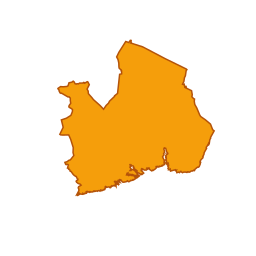 Sokndal nor, Rogaland, Norway (orthographic projection), rotated 318°
{"feature_id": "86288312B30341713179901", "entity_name": "Sokndal nor", "entity_type": "district", "adm_level": 2, "iso_a3": "NOR", "parent_name": "Norway", "parent_adm1": "Rogaland", "projection": "orthographic", "projection_center": [6.294, 58.377], "detail": "fine", "context": "isolated", "style": "filled", "palette": "amber", "viewbox_px": 256, "rotation_deg": 318, "n_neighbors": 0, "source": "geoboundaries", "source_scale": "gbopen_adm2", "svg_char_len": 5898}
<svg xmlns="http://www.w3.org/2000/svg" viewBox="0 0 256 256"><g transform="rotate(318 128 128)"><path d="M45.5,143.2L46.7,143.5L45.8,143.8L46.2,144.1L45.3,143.9L45.2,144.2L45.5,144.5L46.8,144.7L46.7,144.3L47.7,144.0L47.6,144.5L48.2,145.0L48.3,144.7L48.4,145.2L50.1,147.1L50.4,147.1L50.7,146.6L51.0,147.5L51.5,147.7L51.4,147.2L53.1,148.1L53.0,148.4L53.5,148.7L54.0,148.4L53.5,148.2L54.1,148.2L54.3,147.5L55.1,147.9L55.0,148.2L55.3,147.9L55.7,148.6L55.4,148.8L56.2,149.5L56.3,149.9L56.8,149.7L57.0,150.3L57.4,150.2L57.5,150.6L58.7,151.7L60.1,152.3L60.1,151.9L60.5,151.9L61.1,152.5L60.7,152.7L60.8,152.9L62.9,154.0L62.9,154.5L64.1,154.7L64.7,155.8L66.1,155.7L66.2,156.0L65.9,156.6L66.5,156.6L66.7,157.0L67.1,156.9L67.2,157.3L69.3,158.0L69.3,157.6L69.7,157.6L69.7,158.0L70.9,157.5L71.6,156.5L72.2,156.4L72.4,156.8L71.9,157.1L71.9,157.5L74.5,159.0L74.7,160.4L75.9,160.1L75.9,160.5L76.5,160.3L76.7,159.7L76.7,160.3L77.3,160.1L77.5,160.8L78.5,161.0L78.9,161.7L79.3,161.7L79.3,161.4L80.1,161.7L79.9,162.3L80.3,162.3L80.1,163.3L81.2,162.1L81.3,161.5L81.6,161.5L81.5,160.9L82.1,160.3L82.0,158.9L82.2,158.7L82.8,158.9L82.9,159.6L82.4,159.7L82.0,162.0L82.3,162.5L82.9,162.6L82.9,163.8L83.7,163.7L83.6,162.0L83.0,162.0L83.2,160.0L84.5,160.4L84.4,161.2L85.3,160.7L85.1,161.9L85.6,162.9L85.7,162.3L86.5,161.9L86.3,160.7L86.9,160.7L86.9,161.4L87.5,161.0L88.0,161.8L87.7,164.4L88.5,165.4L90.7,166.7L92.3,166.9L92.3,168.1L93.3,168.8L95.1,168.8L95.3,169.3L96.9,170.1L96.9,169.7L97.1,169.7L97.1,170.1L99.5,170.7L100.1,170.7L100.1,170.2L101.1,171.0L101.9,171.1L102.0,169.5L101.0,169.1L101.2,168.5L100.6,168.6L100.2,167.1L98.5,165.3L98.3,164.3L96.7,163.9L96.4,162.8L95.5,161.9L97.1,161.0L97.8,161.4L96.6,162.1L97.4,162.7L97.0,162.7L97.2,163.2L98.5,163.7L98.8,164.6L100.0,165.2L100.9,167.1L100.7,167.7L101.1,167.8L101.1,168.1L102.9,168.9L102.6,169.1L102.9,169.6L102.8,170.2L102.0,170.5L102.1,170.9L102.4,170.9L102.6,170.4L103.4,171.2L103.8,171.2L103.8,170.8L104.4,171.0L104.1,169.8L104.2,169.4L104.5,163.9L103.4,161.5L101.8,161.6L101.9,161.2L101.3,160.9L102.9,160.5L103.2,158.3L104.4,158.5L105.0,155.9L105.1,157.5L105.6,157.5L105.7,158.7L106.5,159.9L106.2,160.7L105.6,160.9L105.8,161.8L104.7,162.2L105.5,162.9L106.1,165.8L105.2,166.4L105.4,167.9L106.0,168.8L106.0,170.0L106.4,170.4L106.5,171.3L107.3,171.2L107.4,171.9L109.5,172.0L109.5,169.8L109.3,168.7L109.8,168.6L109.8,168.2L110.8,168.6L110.9,167.4L111.1,167.4L111.6,168.4L111.7,169.2L112.1,170.3L113.7,171.6L115.0,171.3L115.1,171.6L115.4,171.5L115.1,171.3L115.3,170.8L115.0,170.3L115.5,170.0L115.3,170.3L116.0,172.2L115.8,171.1L116.9,171.7L116.9,172.1L116.3,172.3L116.2,172.8L116.4,172.9L116.4,173.6L116.9,175.7L118.1,175.9L118.1,176.3L120.7,176.7L122.3,176.6L123.0,175.6L123.6,176.3L123.6,175.9L124.0,175.9L124.1,177.1L125.3,177.2L125.3,177.6L125.9,177.6L125.9,178.0L128.3,179.2L128.9,179.2L128.8,178.8L130.7,179.6L131.2,178.5L132.0,178.5L131.8,177.7L132.7,177.3L132.7,176.7L133.5,176.1L133.7,174.7L134.4,172.6L136.8,171.9L137.1,171.7L137.5,170.7L138.9,170.6L139.5,169.8L139.5,169.4L140.1,169.0L140.2,168.1L141.5,166.7L141.3,167.0L142.0,167.3L141.9,167.8L142.4,168.4L140.7,171.9L140.8,172.9L140.4,173.8L139.5,173.8L139.1,173.1L138.9,173.7L137.3,173.8L137.3,174.7L136.5,174.8L136.1,175.4L136.1,176.2L136.2,175.8L136.4,175.9L135.8,176.7L134.3,176.9L134.8,177.7L134.4,178.6L132.6,179.3L132.6,180.2L132.9,179.9L134.4,180.6L134.1,181.3L133.2,181.2L133.0,182.1L133.2,182.4L132.5,182.6L132.7,183.2L132.0,183.2L131.6,184.4L130.8,184.8L131.1,185.0L130.8,185.2L130.9,185.7L130.3,186.1L130.7,186.3L130.6,186.6L130.8,186.8L131.9,186.9L130.8,188.5L135.1,190.6L135.0,190.8L135.3,190.8L135.3,191.3L135.8,191.7L134.9,191.9L134.8,193.1L134.4,193.9L136.3,194.8L136.4,195.6L138.3,195.6L138.3,196.5L138.6,197.7L139.8,198.0L141.5,199.5L141.7,200.1L142.9,200.4L142.9,201.0L143.5,201.0L144.3,202.1L145.7,202.2L147.1,202.8L147.3,203.3L148.9,203.4L149.0,204.1L150.4,203.5L153.4,203.6L154.2,204.3L155.1,204.3L157.8,203.0L158.1,202.3L158.7,202.3L158.7,201.7L159.1,201.7L159.1,201.1L161.0,200.4L163.5,200.3L164.5,199.7L164.5,199.3L166.8,198.4L168.1,197.3L172.8,195.7L172.8,195.1L173.5,194.6L176.3,194.1L176.6,193.1L176.7,194.0L177.3,193.6L177.1,194.3L177.9,194.0L181.0,191.4L182.6,190.9L183.1,190.2L190.1,187.8L189.8,185.9L191.9,180.3L191.0,173.7L189.7,168.1L190.0,166.3L192.5,159.2L193.4,155.2L195.1,152.5L196.8,151.0L196.4,149.9L196.4,147.5L198.0,146.3L200.2,142.8L197.6,136.4L198.7,136.5L198.9,135.8L197.7,135.4L199.0,133.1L198.4,133.0L197.8,132.0L200.8,130.7L203.6,128.4L205.6,127.6L209.7,124.2L210.8,124.1L210.8,123.2L202.0,101.3L193.2,77.5L186.9,66.7L187.6,66.6L187.6,66.2L188.8,65.3L188.9,64.9L188.4,64.4L185.8,65.0L184.2,62.2L172.0,65.6L167.1,67.6L166.4,70.4L164.6,73.6L162.0,76.7L161.4,77.9L161.8,80.3L161.5,81.1L161.1,81.0L160.9,81.9L159.5,83.5L157.7,82.5L143.4,95.3L139.5,95.1L139.2,95.5L132.1,95.7L130.2,96.5L126.9,96.6L122.4,97.7L122.3,92.8L121.3,83.7L121.5,81.2L121.5,76.7L121.7,75.7L123.1,73.9L123.6,71.7L128.2,69.9L129.0,66.9L128.7,66.3L125.8,65.7L125.9,65.0L125.4,64.4L124.8,64.6L122.0,62.2L120.6,62.0L119.7,60.9L119.0,60.8L118.3,59.7L118.8,57.8L118.6,56.5L117.0,56.4L114.4,54.9L111.7,56.5L110.5,56.3L107.4,54.0L105.6,52.1L102.4,51.7L102.2,51.9L102.1,53.8L101.6,54.3L101.0,56.4L101.4,57.4L101.9,57.6L104.2,64.8L105.1,65.5L105.1,67.2L103.4,69.1L102.0,71.3L99.3,71.9L98.3,72.6L98.1,73.2L99.0,76.0L99.0,77.3L97.5,78.7L94.0,80.4L88.8,79.5L83.9,77.4L80.3,84.1L73.1,87.1L73.3,88.0L74.7,89.5L79.3,93.5L77.8,98.1L74.2,105.9L70.7,109.5L69.3,112.2L63.9,113.1L62.3,112.4L60.3,112.3L58.1,111.3L57.4,113.2L57.5,113.8L57.9,113.7L58.9,114.8L59.0,115.5L56.2,117.3L56.9,118.3L56.3,118.9L56.7,120.2L56.1,121.5L56.6,122.2L56.2,125.8L56.3,127.1L56.7,128.9L57.1,129.4L56.3,131.9L56.6,132.5L55.9,133.0L54.3,132.7L53.8,132.9L53.5,134.0L53.7,134.6L53.8,135.8L54.9,137.8L54.9,139.1L52.0,138.6L50.9,139.2L50.7,140.2L49.6,141.7L45.5,143.2Z" fill="#f59e0b" stroke="#b45309" stroke-width="1.5"/></g></svg>